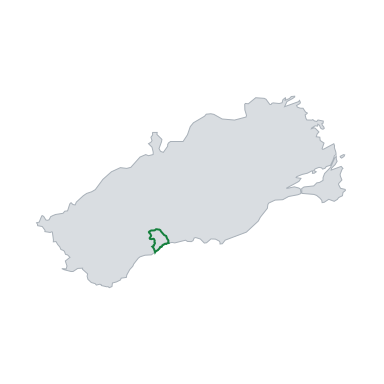 where Giresun sits in Turkey, rotated 154°
{"feature_id": "TUR-2292", "entity_name": "Giresun", "entity_type": "Province", "adm_level": 1, "iso_a3": "TUR", "parent_name": "Turkey", "parent_adm1": "", "projection": "orthographic", "projection_center": [38.652, 40.562], "detail": "fine", "context": "in_parent", "style": "outline", "palette": "green", "viewbox_px": 384, "rotation_deg": 154, "n_neighbors": 0, "source": "natural_earth", "source_scale": "10m", "svg_char_len": 4836}
<svg xmlns="http://www.w3.org/2000/svg" viewBox="0 0 384 384"><g transform="rotate(154 192 192)"><path d="M288.4,144.0L293.4,145.6L294.9,144.3L299.4,144.3L303.4,145.1L305.4,142.1L308.3,142.3L308.9,143.7L310.2,144.2L314.5,147.7L314.1,148.2L315.2,149.5L318.8,150.3L319.2,152.1L322.2,154.8L323.8,159.1L323.2,162.2L321.7,164.2L324.3,170.6L323.7,171.5L328.2,173.4L333.7,172.7L335.5,173.5L341.1,178.3L342.6,180.2L338.8,178.0L336.8,180.3L336.1,185.5L330.3,186.8L331.4,190.0L333.0,191.4L332.7,194.6L333.2,195.8L335.0,197.8L334.9,200.6L335.7,203.5L336.0,207.1L338.5,208.0L337.5,209.8L335.1,217.1L335.4,217.7L337.2,217.8L341.6,220.9L340.9,222.0L341.7,226.6L345.5,229.4L345.0,230.9L345.2,232.5L342.6,231.9L337.5,236.4L336.8,236.3L336.0,235.0L335.6,230.9L334.3,229.9L332.6,229.7L329.8,231.8L327.1,231.8L324.5,231.6L317.3,229.4L314.8,230.5L312.1,229.6L307.0,234.9L305.4,235.4L304.5,232.9L302.7,231.6L300.4,233.6L291.4,236.3L287.3,236.9L282.1,236.2L277.9,236.5L266.6,242.4L255.6,245.5L245.7,245.3L240.3,241.8L236.1,241.0L223.4,246.2L217.2,245.9L215.2,243.7L210.5,242.7L209.4,244.8L208.3,249.8L209.9,254.5L207.2,254.7L205.4,255.7L204.9,259.2L202.4,260.5L201.5,262.6L201.1,262.7L197.2,260.8L198.3,259.1L196.0,252.5L197.3,250.6L202.6,245.5L202.5,242.4L200.4,240.2L193.8,243.8L193.1,245.3L191.6,246.4L189.2,246.8L177.9,241.3L171.0,245.4L164.9,251.5L160.4,253.6L147.5,254.6L145.1,255.7L140.8,254.1L138.3,252.2L132.9,244.4L122.2,238.0L110.6,235.7L109.4,237.0L108.5,242.6L106.2,247.7L105.2,248.2L102.7,246.6L93.4,248.8L86.0,244.5L84.8,242.9L83.7,236.6L82.6,236.0L81.3,236.7L80.0,236.5L74.8,233.3L71.9,232.7L69.8,235.1L66.8,235.8L66.8,235.1L68.1,233.6L63.5,233.3L60.9,234.3L57.7,233.1L58.0,232.4L60.8,231.9L67.0,231.7L71.4,228.1L56.7,226.5L55.2,227.2L55.3,225.1L56.2,224.2L60.1,223.9L60.1,222.1L58.0,219.9L55.5,218.6L54.9,214.0L53.8,212.7L54.0,212.1L56.5,211.7L57.3,208.5L57.2,206.4L52.8,204.1L51.7,204.1L50.8,202.2L49.0,200.7L47.2,201.5L42.9,198.2L44.0,196.4L45.2,196.6L45.6,195.1L45.0,192.5L45.3,191.2L46.3,191.0L47.4,191.4L48.4,193.1L48.2,196.0L49.2,197.8L50.3,196.2L52.3,197.5L56.2,197.1L57.0,196.5L54.2,196.2L53.3,195.3L51.6,190.3L54.1,189.3L56.1,187.2L53.1,185.2L54.2,182.1L51.9,178.1L56.1,173.9L56.0,173.2L54.9,172.8L43.4,173.2L43.6,171.1L44.6,169.4L45.2,164.9L46.0,162.6L48.2,162.1L51.2,158.9L55.9,155.3L60.1,156.0L62.0,155.0L64.5,155.3L65.0,157.0L67.1,158.5L71.1,158.8L73.1,158.0L71.5,155.7L73.9,155.3L75.6,156.0L74.4,158.1L74.9,158.4L80.0,158.3L85.3,159.5L91.2,159.9L92.1,159.3L88.1,156.5L91.0,154.8L92.6,154.6L105.1,154.1L105.2,153.6L97.8,151.8L94.2,148.7L93.3,147.2L94.4,143.7L95.3,142.9L98.0,143.1L107.1,145.6L113.8,145.3L120.9,148.3L127.8,148.4L129.3,147.5L131.4,144.3L141.6,139.4L145.2,136.8L160.7,132.1L183.3,134.2L187.4,132.2L189.6,133.0L188.9,134.5L189.0,135.9L191.6,139.4L195.6,141.5L201.2,140.0L203.3,140.7L205.1,146.1L208.6,149.4L210.2,149.7L212.4,147.8L214.4,147.7L217.8,149.6L218.9,151.5L229.8,153.8L232.1,155.5L239.5,157.1L256.0,153.3L262.0,155.8L267.0,156.5L269.2,156.1L275.8,152.9L277.8,151.2L281.9,149.6L287.0,146.0L288.4,144.0ZM79.7,125.4L79.0,127.7L79.7,130.4L81.5,134.3L83.5,136.4L93.9,142.6L91.9,147.0L89.1,147.4L79.9,144.1L75.8,145.5L73.2,144.7L69.2,145.0L67.8,147.6L64.7,150.5L56.7,153.4L48.7,160.1L46.6,160.9L47.9,158.4L48.1,156.0L51.5,153.8L56.0,152.3L57.3,150.7L46.7,149.6L46.0,147.0L47.1,146.7L51.1,143.0L51.7,141.3L52.0,137.1L56.5,135.3L57.0,134.4L56.9,130.2L53.2,127.2L53.5,126.1L56.5,125.4L58.4,122.7L62.6,122.7L64.7,121.6L68.3,121.3L72.3,125.5L77.7,124.8L79.7,125.4ZM43.2,159.1L39.5,159.2L38.5,158.4L39.8,157.3L42.7,156.9L43.4,158.2L43.2,159.1Z" fill="#d9dde1" stroke="#a8b0b8" stroke-width="1"/><path d="M235.3,156.4L236.0,156.5L236.7,156.8L237.0,156.8L237.7,156.6L238.0,156.6L238.7,157.3L239.0,157.3L239.6,157.1L240.2,157.2L240.6,157.3L240.8,157.1L242.0,157.1L242.2,156.9L242.8,156.3L243.0,156.2L243.5,156.0L243.8,156.2L244.1,156.5L244.3,156.5L244.6,156.5L244.8,156.5L244.9,156.4L245.1,156.3L245.2,156.1L245.4,156.1L245.7,155.7L245.8,155.6L246.2,155.4L247.3,155.1L247.6,155.0L247.8,154.8L248.1,154.7L249.9,154.6L251.2,154.3L251.3,154.2L251.6,154.0L251.2,156.5L251.1,157.6L251.3,159.5L251.6,160.3L249.7,160.5L249.5,160.8L249.5,161.1L249.2,161.2L248.8,161.4L248.3,161.8L247.8,162.1L247.6,162.6L247.8,163.3L247.5,163.8L247.1,164.3L246.9,164.5L246.8,165.6L246.8,166.4L247.2,166.9L249.1,167.4L249.6,167.7L250.0,168.2L250.3,168.3L250.3,169.1L249.8,169.4L248.2,170.3L247.8,170.8L247.8,171.5L247.9,172.2L247.8,172.9L248.0,173.6L248.4,174.2L248.3,174.9L247.6,175.2L246.2,175.3L245.5,175.3L243.9,174.5L242.3,173.9L240.6,174.3L239.6,173.7L238.7,173.0L237.8,172.5L237.2,171.6L237.2,170.4L235.9,165.5L234.5,163.8L234.5,163.2L234.7,162.8L234.8,162.1L234.7,161.4L234.8,160.7L234.7,160.0L234.5,159.4L234.5,158.7L234.7,158.2L235.1,157.8L235.3,157.2L235.3,156.5L235.3,156.4Z" fill="none" stroke="#15803d" stroke-width="2"/></g></svg>